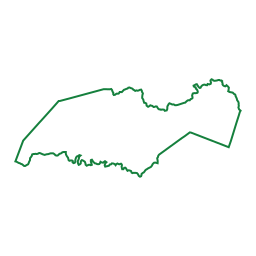 Itambé, Bahia, Brazil (Albers equal-area conic projection)
{"feature_id": "56859067B38142697000043", "entity_name": "Itambé", "entity_type": "district", "adm_level": 2, "iso_a3": "BRA", "parent_name": "Brazil", "parent_adm1": "Bahia", "projection": "albers", "projection_center": [-40.457, -15.162], "detail": "fine", "context": "isolated", "style": "outline", "palette": "green", "viewbox_px": 256, "rotation_deg": 0, "n_neighbors": 0, "source": "geoboundaries", "source_scale": "gbopen_adm2", "svg_char_len": 4477}
<svg xmlns="http://www.w3.org/2000/svg" viewBox="0 0 256 256"><path d="M58.7,101.0L51.9,108.7L41.0,120.8L39.4,122.5L31.7,131.1L23.2,140.6L15.4,161.4L16.5,161.7L17.4,162.2L18.6,162.9L20.0,163.3L20.9,163.9L22.0,164.2L23.1,165.1L24.0,165.9L25.1,166.0L26.1,165.4L26.9,164.9L28.1,164.3L28.6,163.3L29.1,161.8L29.6,160.9L30.0,160.1L30.0,159.1L30.1,158.1L30.8,157.3L31.7,156.0L32.2,154.4L33.5,154.0L34.5,154.0L35.4,153.8L36.5,154.0L37.8,153.8L38.7,153.2L39.6,153.0L40.5,153.3L41.6,153.8L42.7,154.3L43.7,154.6L44.6,154.9L45.6,154.6L46.5,154.3L47.4,154.2L48.4,154.1L49.4,153.7L50.7,153.3L52.0,153.3L53.1,153.3L54.4,154.1L55.5,155.3L56.8,155.6L57.7,155.5L58.5,154.8L59.5,153.8L60.4,153.6L61.5,153.1L62.3,152.3L63.6,152.0L64.5,152.0L65.8,152.0L65.8,153.4L66.0,154.5L66.4,155.3L67.0,156.4L68.0,157.7L68.4,159.2L68.7,160.3L69.5,160.8L70.9,160.4L72.3,160.6L72.9,161.2L72.6,162.3L73.5,163.1L74.7,162.8L75.3,161.8L75.3,160.7L75.5,159.2L76.1,157.5L76.8,156.5L77.7,156.2L78.6,155.6L79.4,155.1L80.5,155.5L79.3,156.6L79.0,157.7L78.8,158.8L78.2,160.3L77.8,161.2L77.8,162.3L78.1,163.6L78.7,164.8L79.6,164.5L80.7,163.5L80.8,162.2L80.9,161.2L81.9,160.1L82.9,160.5L83.7,161.0L84.8,161.7L85.1,162.5L85.5,163.5L85.6,164.7L86.7,165.7L87.8,165.2L88.7,164.8L89.8,164.8L90.8,165.2L91.8,164.8L91.4,163.4L91.0,162.2L90.8,161.2L90.9,160.1L91.9,159.7L92.6,160.7L93.0,161.6L93.9,162.4L94.8,163.3L96.0,163.5L97.1,164.1L98.3,164.2L99.3,164.0L99.9,163.3L100.5,161.8L101.5,162.4L103.1,162.7L104.0,161.9L105.0,161.2L106.4,162.2L105.5,163.1L104.9,164.3L104.7,165.4L105.2,166.6L106.5,166.3L107.6,166.1L109.1,165.6L109.8,164.5L111.1,164.3L111.8,163.4L113.2,163.5L114.7,164.1L115.6,165.2L116.3,164.1L117.4,163.5L118.4,164.0L119.2,164.3L120.1,164.0L121.0,163.7L121.8,164.5L121.9,165.6L121.6,166.4L121.8,167.8L122.2,169.2L123.4,169.2L124.2,167.8L125.4,167.7L126.1,168.5L126.7,169.7L127.5,170.8L128.4,170.3L129.8,170.5L131.1,171.1L131.6,172.6L132.4,173.1L133.7,172.8L134.9,172.9L136.0,172.9L137.0,173.1L137.9,174.1L138.8,175.9L140.0,176.7L141.1,176.2L141.4,175.4L141.6,173.9L142.8,172.9L143.8,172.4L144.6,171.4L145.2,170.4L146.1,169.6L146.9,169.2L148.0,168.4L149.6,167.6L150.8,167.0L151.5,166.2L152.1,165.4L152.4,164.5L153.1,163.6L154.1,162.7L155.4,162.6L156.5,162.9L157.6,163.2L157.7,161.9L157.6,160.4L157.4,159.3L157.2,158.2L157.9,157.2L158.2,155.9L159.0,154.7L160.1,153.9L181.7,138.2L183.8,136.8L185.1,135.9L189.8,132.4L191.0,132.6L228.7,147.2L230.9,140.9L236.4,123.0L238.8,115.5L239.8,112.1L240.6,110.7L239.1,109.4L238.7,108.3L238.4,107.4L238.7,106.5L238.8,105.5L238.6,104.5L238.7,103.3L238.4,102.0L237.8,101.1L237.1,100.1L236.8,98.7L236.2,97.3L235.6,96.2L235.5,95.2L235.0,94.4L234.2,94.1L233.6,93.5L232.7,92.6L231.1,92.3L229.5,92.0L228.2,91.2L228.6,90.2L228.6,89.1L228.9,87.8L228.1,86.6L227.4,86.1L226.5,85.2L225.4,86.3L224.3,86.1L223.1,85.3L222.5,84.4L222.6,83.3L222.1,82.2L222.2,81.1L221.5,80.5L220.5,80.6L219.4,80.0L218.4,80.0L216.9,80.5L215.5,80.7L214.4,80.8L213.3,80.5L212.6,79.7L211.5,79.3L210.5,80.4L210.6,81.4L211.0,82.7L210.7,83.8L209.4,84.4L207.6,84.0L207.1,85.2L205.8,85.1L204.8,84.6L203.4,84.8L202.4,85.3L201.5,86.1L201.0,86.9L200.5,87.8L199.6,87.9L198.5,86.8L197.7,85.6L196.8,84.2L195.8,84.4L194.7,85.1L193.6,85.6L193.8,86.5L194.8,87.0L195.7,87.4L195.8,88.6L196.7,89.3L197.4,90.4L197.8,91.9L197.4,92.8L196.2,93.1L195.3,93.2L194.2,93.1L192.8,93.5L192.4,94.5L192.1,95.8L192.5,97.0L192.5,98.0L191.8,98.7L190.7,99.1L189.7,100.3L188.8,100.2L187.7,100.4L186.3,101.5L185.3,102.6L184.2,102.8L177.8,104.9L176.2,105.2L175.0,105.2L173.7,104.4L172.2,104.5L171.0,103.9L169.4,103.3L168.5,104.3L168.0,105.4L167.4,106.3L167.3,107.6L167.3,109.0L166.7,110.4L164.8,110.8L164.0,109.7L162.8,109.5L161.9,109.5L161.0,109.8L160.2,109.4L159.2,109.4L158.1,108.6L157.5,107.6L156.8,106.5L155.7,106.4L154.5,106.9L153.6,107.0L152.3,105.9L151.1,105.6L150.3,105.3L149.4,106.1L148.1,106.8L146.6,105.6L146.3,103.5L145.3,102.9L144.2,102.8L143.6,101.1L143.3,99.6L142.2,98.0L142.2,97.1L142.3,95.9L142.5,94.6L142.9,93.7L142.5,92.6L141.9,91.7L141.8,90.7L141.1,89.6L139.7,89.9L138.6,90.5L137.5,90.7L136.4,90.4L135.2,90.9L134.2,90.1L133.3,89.7L132.6,88.8L131.6,88.3L130.7,88.1L129.6,87.5L128.3,87.7L127.6,88.5L126.3,88.9L125.2,89.4L124.0,89.8L123.0,90.8L121.8,92.1L120.6,92.0L119.7,92.0L119.2,92.9L118.6,93.6L117.7,93.7L116.8,93.6L116.0,94.0L115.0,94.8L113.8,95.0L113.2,94.1L113.3,92.7L112.5,91.6L112.1,90.1L111.2,89.0L109.8,89.3L105.3,89.2L103.6,89.2L68.5,98.7L67.3,99.0L59.8,101.0L58.7,101.0Z" fill="none" stroke="#15803d" stroke-width="2"/></svg>